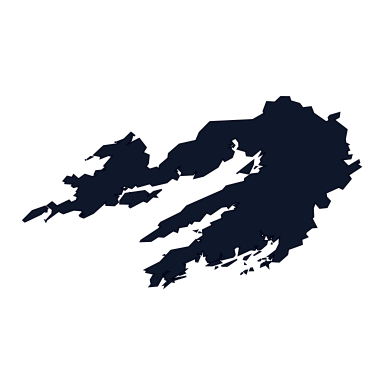 Bantry-West Cork Lea-4, Cork, Ireland (Albers equal-area conic projection)
{"feature_id": "5873133B32019280992122", "entity_name": "Bantry-West Cork Lea-4", "entity_type": "district", "adm_level": 2, "iso_a3": "IRL", "parent_name": "Ireland", "parent_adm1": "Cork", "projection": "albers", "projection_center": [-9.717, 51.642], "detail": "fine", "context": "isolated", "style": "filled", "palette": "ink", "viewbox_px": 384, "rotation_deg": 0, "n_neighbors": 0, "source": "geoboundaries", "source_scale": "gbopen_adm2", "svg_char_len": 6095}
<svg xmlns="http://www.w3.org/2000/svg" viewBox="0 0 384 384"><path d="M339.6,112.7L330.1,115.5L328.4,117.4L329.2,120.6L326.2,122.0L313.6,113.3L311.1,106.9L302.8,108.0L299.5,103.6L290.6,101.0L289.4,96.9L280.7,96.8L274.9,102.3L266.8,101.8L263.3,111.1L264.1,113.4L252.8,119.8L209.9,121.9L199.5,132.4L196.0,140.6L179.3,144.3L168.7,153.5L168.1,158.1L159.9,165.1L158.8,169.2L156.6,167.3L149.7,169.4L146.0,166.5L148.1,163.5L149.0,155.2L143.0,152.5L146.1,147.5L139.2,138.6L126.6,145.0L131.1,140.6L132.7,135.0L135.0,135.7L131.0,132.5L124.1,139.2L116.7,142.1L118.8,142.5L116.7,144.1L103.5,146.0L93.9,155.0L100.8,156.3L100.4,158.5L108.3,155.3L112.3,156.3L104.0,165.9L105.8,167.0L103.2,169.1L105.1,169.3L105.3,169.7L105.2,170.0L105.3,170.1L96.0,170.9L94.4,174.2L95.9,175.4L92.3,176.8L84.9,174.5L78.5,179.1L73.6,174.8L72.1,177.5L67.2,176.4L63.3,181.0L65.7,181.9L65.1,183.4L72.8,183.9L71.7,185.9L73.7,187.4L78.0,186.0L78.5,188.7L76.4,191.6L77.7,192.4L74.4,195.5L77.6,196.6L76.5,200.2L71.3,202.7L69.1,200.3L57.0,206.1L52.1,202.0L47.2,205.7L52.6,209.5L52.0,213.8L46.1,220.4L58.7,211.1L63.2,213.6L73.8,209.9L81.6,210.6L82.6,212.0L79.1,215.8L84.8,213.6L80.7,216.6L83.7,217.8L93.4,213.1L105.8,202.0L106.1,205.2L114.6,205.5L118.2,202.2L116.8,199.0L118.8,196.2L113.8,194.7L121.1,194.1L123.1,188.8L121.3,188.5L124.6,185.8L131.8,188.4L135.8,184.7L137.7,186.9L149.9,183.5L152.4,185.9L166.9,182.5L172.4,177.9L176.9,180.0L179.1,176.0L176.4,172.4L177.4,171.2L176.6,170.9L175.8,171.1L175.3,171.0L175.1,170.9L176.7,168.9L177.4,168.7L178.4,167.5L180.0,166.5L178.9,169.4L182.2,172.7L181.0,175.3L193.0,174.7L197.1,170.7L194.0,178.3L203.4,176.0L217.9,167.0L222.7,158.8L224.7,161.3L232.1,157.4L234.1,151.9L230.7,149.1L231.8,147.2L229.2,147.5L231.3,145.0L230.2,144.6L233.5,144.0L230.7,140.7L235.5,138.0L238.9,142.4L239.1,146.7L237.4,149.0L245.8,151.4L246.6,155.6L252.3,156.2L260.3,149.5L262.5,150.7L259.7,155.6L265.7,152.2L260.5,159.5L261.3,161.6L259.3,164.6L265.5,166.0L259.5,168.8L260.8,170.0L259.1,172.5L260.8,173.1L251.2,174.2L244.9,178.5L244.5,181.5L226.3,186.1L222.6,190.3L186.7,206.1L180.9,212.5L160.8,222.5L158.6,225.3L160.5,226.5L158.8,228.7L141.3,240.2L140.5,241.5L151.2,241.1L158.3,236.5L163.8,237.0L173.3,230.7L177.4,232.3L178.8,227.5L187.1,226.1L189.0,222.5L191.7,223.9L193.9,221.0L199.6,221.2L206.6,212.7L210.6,214.6L221.5,207.0L227.0,206.2L228.4,208.3L232.5,204.0L236.6,202.7L240.1,203.0L234.0,205.4L237.4,207.1L234.7,208.6L235.4,210.0L224.6,212.2L221.5,215.1L222.2,218.4L210.8,223.1L212.5,225.2L202.7,230.0L203.2,235.8L197.8,239.3L200.9,239.8L200.6,241.4L197.8,242.4L195.9,239.8L188.9,247.0L171.0,250.5L160.1,262.1L144.8,269.9L146.9,270.5L146.1,272.3L154.0,273.9L150.5,279.8L151.4,284.4L149.5,286.5L157.4,285.8L162.3,277.1L164.8,276.8L162.9,275.5L162.9,274.1L167.1,271.2L168.9,271.7L163.0,275.1L165.0,276.2L165.0,279.5L168.1,280.7L163.8,284.9L165.4,284.5L164.6,287.2L171.3,281.5L173.9,282.1L173.5,280.3L186.3,276.4L170.8,279.2L182.3,272.2L180.4,274.9L185.2,273.1L183.7,271.5L186.4,269.2L184.6,269.4L185.3,264.8L185.2,264.4L184.1,264.3L183.6,263.9L183.5,263.7L195.7,258.2L195.8,261.5L197.7,261.8L199.9,256.6L196.7,253.3L201.4,254.8L202.5,250.8L203.9,251.7L203.7,256.2L206.9,255.6L205.9,259.2L207.8,262.3L211.5,262.4L207.0,265.6L212.4,265.6L221.5,262.7L219.1,260.3L213.5,262.0L219.9,259.0L220.9,253.3L222.2,255.3L220.2,259.0L221.5,259.8L233.3,256.9L234.9,254.8L233.8,249.0L236.7,246.7L239.8,247.1L238.4,255.2L250.7,249.6L254.9,250.1L256.0,248.0L254.6,246.5L257.4,246.2L256.6,248.1L258.1,249.8L261.1,249.1L266.4,244.5L267.4,240.8L263.4,240.5L264.8,237.1L261.0,236.3L261.7,233.8L260.0,230.5L263.8,235.5L267.0,235.6L268.9,240.1L270.4,239.6L270.0,236.2L273.8,235.6L271.9,239.6L273.6,241.9L279.5,237.0L279.3,244.0L276.2,250.3L268.4,256.2L270.0,256.1L269.0,258.4L270.3,259.5L274.1,253.8L272.5,261.5L279.1,261.9L287.4,254.6L288.3,249.3L302.1,244.3L301.6,239.3L307.6,236.9L305.4,234.4L306.1,232.2L312.0,227.6L316.5,227.3L311.9,218.4L313.5,216.9L313.1,208.2L315.1,202.5L319.8,208.1L327.0,207.3L330.2,201.1L326.5,197.2L325.8,193.0L338.7,187.1L342.7,189.0L351.0,178.8L348.4,175.1L361.0,166.8L356.7,164.0L359.5,162.7L358.8,160.1L348.4,166.4L341.9,159.7L350.8,158.6L351.8,155.0L347.8,155.6L347.3,151.0L349.4,150.1L347.2,145.3L348.6,144.5L345.6,143.0L345.1,139.1L346.9,129.6L334.1,119.8L339.0,117.1L339.6,112.7ZM144.9,190.8L125.3,193.6L120.0,200.9L120.0,203.8L130.0,204.0L129.1,206.6L130.3,207.6L143.3,200.8L146.9,202.2L152.9,196.7L157.0,197.1L155.3,194.9L161.8,189.6L153.7,191.7L147.0,196.9L149.0,193.9L144.9,190.8ZM45.2,206.3L32.4,210.8L23.0,220.2L24.8,221.8L41.1,214.1L47.7,208.5L45.2,206.3ZM248.7,173.8L253.1,164.5L253.5,160.4L236.5,173.8L239.1,171.9L248.7,173.8ZM266.1,262.1L264.7,264.6L264.1,262.6L261.3,264.4L260.8,266.8L265.7,264.7L268.5,267.6L268.1,264.2L270.8,261.7L266.1,262.1ZM237.1,259.4L221.3,266.0L227.1,266.1L237.1,259.4ZM259.8,251.3L253.5,255.6L260.4,251.6L259.8,251.3ZM246.2,259.9L249.9,255.1L244.5,257.3L243.6,259.4L246.2,259.9ZM90.7,156.7L86.9,159.7L92.2,157.0L90.7,156.7ZM253.2,270.5L252.1,268.0L250.7,268.4L249.8,270.6L253.2,270.5ZM244.0,271.7L246.1,273.6L247.2,270.3L245.8,270.5L244.0,271.7ZM240.5,274.7L243.0,272.6L241.7,273.1L240.5,274.7ZM123.9,189.5L125.1,190.0L127.0,188.5L126.2,187.7L123.9,189.5ZM265.7,258.3L262.1,259.0L265.9,258.9L265.7,258.3ZM233.4,147.1L235.1,144.8L232.8,146.1L233.4,147.1ZM261.3,259.0L259.3,260.3L257.7,261.0L260.2,260.6L261.3,259.0ZM218.2,266.9L215.7,267.2L215.5,268.5L218.2,266.9ZM194.7,230.9L196.4,231.8L197.3,230.4L195.9,230.8L194.7,230.9ZM256.0,166.6L254.1,168.9L256.6,166.7L256.0,166.6ZM200.4,232.5L199.8,232.1L198.3,232.6L200.4,232.5ZM272.2,236.6L271.1,237.1L272.5,237.8L272.2,236.6ZM271.8,243.9L272.1,242.6L271.5,243.8L271.8,243.9ZM45.3,220.5L45.9,221.6L46.2,220.9L45.3,220.5ZM46.8,211.8L46.9,210.5L46.0,211.8L46.8,211.8ZM265.7,261.6L266.8,260.8L265.2,261.6L265.7,261.6ZM245.4,264.3L244.8,263.7L244.8,264.3L245.4,264.3ZM164.2,255.2L165.3,254.5L163.9,255.1L164.2,255.2ZM85.6,160.0L86.3,159.6L84.9,160.2L85.6,160.0ZM129.8,192.6L129.0,192.8L130.2,192.6L129.8,192.6ZM115.1,142.2L114.8,142.5L116.1,142.0L115.1,142.2Z" fill="#0f172a" stroke="#020617" stroke-width="1.5"/></svg>